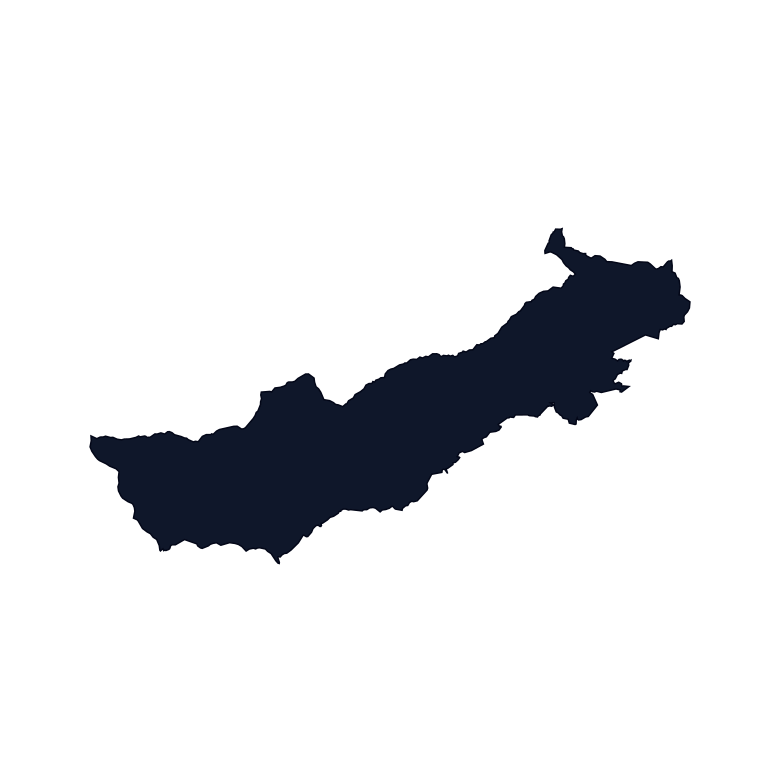 Izvoarele, Prahova, Romania (Mercator projection), rotated 304°
{"feature_id": "2599482B60972398280668", "entity_name": "Izvoarele", "entity_type": "district", "adm_level": 2, "iso_a3": "ROU", "parent_name": "Romania", "parent_adm1": "Prahova", "projection": "mercator", "projection_center": [25.925, 45.31], "detail": "fine", "context": "isolated", "style": "filled", "palette": "ink", "viewbox_px": 768, "rotation_deg": 304, "n_neighbors": 0, "source": "geoboundaries", "source_scale": "gbopen_adm2", "svg_char_len": 6171}
<svg xmlns="http://www.w3.org/2000/svg" viewBox="0 0 768 768"><g transform="rotate(304 384 384)"><path d="M623.2,591.7L623.2,585.7L624.0,581.8L623.7,580.3L622.9,578.8L630.0,575.2L634.8,571.0L636.1,569.0L635.9,567.2L638.7,563.3L638.1,560.0L643.2,556.8L647.4,553.2L646.0,552.7L645.3,551.4L643.8,550.7L637.2,550.0L636.1,548.0L633.1,546.9L631.5,545.5L631.3,544.7L632.4,537.6L632.4,534.6L627.3,526.2L624.2,524.2L620.5,522.8L612.8,504.8L610.0,500.2L610.9,497.5L610.9,491.6L608.4,487.2L604.5,485.6L604.0,484.7L603.5,480.3L603.9,478.9L604.9,478.2L603.4,476.1L602.4,472.8L602.9,470.7L601.2,466.5L601.8,465.3L601.4,463.9L601.7,463.0L598.2,457.1L601.4,455.5L605.2,452.3L606.4,450.5L606.6,449.0L609.5,446.1L612.4,444.8L610.9,443.7L608.4,439.7L605.4,440.0L604.6,439.3L603.4,439.7L601.2,439.2L595.0,440.8L593.6,442.0L592.5,441.4L584.6,442.7L582.6,444.2L582.3,444.5L586.2,447.6L586.9,448.8L587.7,454.8L586.7,462.0L585.0,465.0L583.8,468.9L583.7,471.9L582.9,474.5L582.9,478.4L582.1,481.2L579.1,480.7L578.3,477.7L575.6,477.5L574.1,478.1L571.2,477.0L568.6,477.5L567.3,476.9L565.6,477.7L562.5,477.3L558.9,470.0L552.9,467.9L550.0,464.4L546.0,461.9L541.4,460.8L538.4,461.2L536.1,459.9L534.7,460.1L531.3,456.3L529.5,455.9L527.6,456.5L520.9,456.2L519.4,455.3L515.9,454.8L511.0,451.9L507.3,452.2L505.3,451.8L503.8,452.3L497.0,449.9L489.7,450.2L485.9,448.9L484.1,449.6L481.7,447.0L476.3,445.1L475.6,444.3L472.7,443.4L471.5,441.8L469.8,441.4L468.5,439.0L462.0,438.5L459.9,435.7L456.4,434.2L455.5,431.2L454.2,431.2L451.1,428.8L448.4,429.3L446.5,427.8L445.9,427.0L446.2,425.0L444.2,423.4L443.9,421.3L442.6,420.6L440.9,417.2L439.2,416.6L438.6,415.0L439.2,413.3L438.6,410.9L436.2,407.4L431.3,405.6L430.3,403.2L427.1,401.4L426.4,398.7L422.8,397.5L420.9,394.3L418.9,392.4L414.2,391.2L413.0,389.5L411.5,389.0L408.5,386.2L402.4,383.4L400.1,381.3L397.4,379.8L393.1,379.4L389.7,380.8L387.4,377.9L385.2,377.1L382.6,375.1L380.4,375.2L379.8,373.4L377.7,373.7L376.0,371.3L373.0,369.7L368.8,370.1L364.5,368.8L359.1,366.0L355.3,366.4L350.3,364.0L346.7,364.3L346.1,363.5L342.2,362.5L341.1,357.7L340.0,355.3L340.3,352.5L339.8,348.2L337.4,342.9L341.8,336.2L343.4,332.4L343.7,329.2L346.7,325.4L349.8,322.7L350.1,315.8L348.4,313.4L340.6,309.6L336.4,308.6L334.5,307.0L332.1,303.6L330.6,303.0L328.2,303.3L326.5,302.4L323.3,299.9L319.7,295.8L314.6,295.3L314.0,293.5L308.7,286.8L306.0,288.0L303.3,290.7L300.3,291.6L297.9,293.1L291.0,294.6L289.0,294.0L285.8,294.8L282.2,294.9L270.3,293.6L268.3,292.6L267.0,291.1L266.9,285.9L264.8,283.0L254.2,273.0L251.3,271.5L246.6,270.5L246.4,269.1L245.1,268.6L242.7,265.0L239.0,262.7L232.3,262.3L231.0,259.6L229.4,258.4L228.4,252.8L228.7,250.7L227.7,248.8L227.0,245.2L224.8,238.7L225.1,235.4L224.5,232.7L223.4,231.3L219.9,230.2L218.7,226.4L215.6,223.9L214.5,222.0L209.1,219.9L207.2,217.3L207.4,215.7L207.0,214.6L203.8,211.4L203.7,209.7L201.0,208.2L196.1,203.7L193.1,199.5L190.9,197.6L189.0,193.6L188.2,189.1L186.7,187.2L185.0,182.3L183.1,180.9L181.3,178.4L178.1,176.5L177.1,170.1L173.3,173.0L167.5,175.5L164.9,179.4L162.5,185.3L161.6,188.5L161.4,190.9L162.5,198.4L162.5,202.5L163.9,209.3L163.2,213.4L158.1,216.0L153.7,219.8L150.0,220.9L146.9,223.7L144.1,228.6L143.2,231.2L143.3,237.7L144.1,241.7L143.8,243.3L141.9,246.2L139.2,248.6L132.7,251.3L133.4,255.3L133.0,256.8L129.2,264.6L128.9,270.3L129.3,274.1L127.9,278.3L128.0,282.5L124.4,288.0L120.9,291.1L120.6,292.0L123.8,292.8L122.7,294.6L123.5,294.9L124.0,296.3L126.4,298.0L127.6,298.4L130.9,297.5L132.3,298.4L134.1,301.0L143.5,305.6L146.8,318.2L145.6,320.1L145.5,323.5L146.1,325.2L151.7,329.0L153.9,329.6L156.2,331.3L158.7,333.9L159.1,338.9L166.1,344.7L168.5,349.6L169.6,353.1L169.8,357.1L168.4,363.1L171.8,364.6L174.8,367.5L175.5,369.8L177.3,370.8L178.7,372.5L180.9,378.0L180.2,381.1L180.3,385.2L177.0,393.1L176.2,396.3L176.6,397.5L177.6,397.0L181.0,392.7L181.8,393.1L182.6,394.7L185.3,395.0L187.7,396.1L189.4,398.0L194.4,399.8L204.4,401.8L213.4,401.5L213.8,402.0L214.0,405.0L214.9,406.1L220.6,406.8L224.4,406.0L228.5,406.8L230.1,408.3L230.1,410.6L230.6,411.3L231.7,411.3L233.2,409.8L234.3,410.9L239.7,413.1L243.2,413.8L246.2,416.2L251.3,418.3L253.3,418.1L254.3,419.3L255.2,419.0L257.6,420.2L259.0,422.4L259.7,425.0L261.2,426.6L266.6,436.9L268.4,437.4L270.2,440.0L273.3,441.4L275.5,444.0L276.3,446.4L275.8,452.3L278.6,453.0L280.9,455.6L284.0,457.9L287.1,459.0L287.4,460.1L286.7,462.6L286.8,463.7L289.4,469.6L291.2,468.9L295.1,470.0L296.6,471.6L300.0,471.4L302.3,472.6L303.0,474.4L305.8,476.9L320.2,479.0L322.1,478.4L325.2,475.4L326.5,475.0L335.8,474.0L343.1,481.4L345.4,480.3L346.5,480.8L347.1,482.3L345.4,486.8L348.4,482.9L349.8,484.0L355.8,486.2L357.2,485.3L359.1,487.0L362.5,487.8L365.3,487.9L365.4,487.1L364.7,485.3L368.9,484.8L372.0,486.7L372.3,489.2L377.7,493.7L389.8,500.0L392.8,496.0L395.0,496.6L397.5,498.4L403.2,498.7L407.2,503.2L410.2,505.1L413.9,505.2L414.3,504.4L413.3,503.9L414.4,501.3L424.9,505.2L425.9,506.6L427.0,506.8L428.8,510.2L431.8,510.2L438.8,520.4L439.0,522.1L441.6,526.7L441.5,527.5L442.5,529.7L444.0,529.7L445.7,530.7L446.5,530.4L457.4,532.2L457.3,532.6L458.7,533.8L459.1,535.2L460.6,536.1L461.2,535.9L460.8,535.6L461.4,534.9L461.4,532.6L463.7,535.4L460.0,538.4L457.2,542.4L457.5,544.5L456.8,547.2L457.0,549.1L455.8,551.6L457.8,556.4L455.2,559.5L457.3,565.1L458.2,565.6L461.7,563.5L463.9,563.1L463.0,564.2L463.0,565.4L464.7,567.3L469.5,569.6L471.3,571.5L485.9,572.7L492.0,562.9L492.0,559.3L494.0,559.1L494.2,561.1L495.1,563.0L496.9,564.3L498.5,568.9L509.6,579.1L511.2,583.1L509.6,584.0L510.2,585.5L518.9,588.5L516.3,583.6L515.1,582.6L517.0,580.7L516.7,577.6L513.4,575.5L513.6,574.0L515.0,571.8L517.6,572.8L522.4,572.2L525.1,573.7L525.7,575.1L528.1,574.3L531.0,576.1L531.9,577.4L536.4,576.4L538.1,574.9L541.0,575.8L541.8,575.4L541.0,575.0L541.1,574.3L539.9,573.3L538.3,572.7L538.7,571.3L537.9,569.8L536.9,569.7L537.4,567.5L537.1,566.6L535.8,565.1L533.7,564.8L533.8,561.7L532.7,558.3L537.9,557.5L538.1,554.9L570.9,573.3L574.9,586.1L580.3,583.3L583.7,582.5L584.7,584.7L586.7,586.0L586.9,587.3L588.1,587.1L591.6,588.7L592.7,590.2L595.4,590.6L596.0,592.3L598.0,593.4L600.4,597.5L603.7,597.9L607.2,595.1L609.0,594.5L613.6,595.2L617.8,594.7L623.2,591.7Z" fill="#0f172a" stroke="#020617" stroke-width="1.5"/></g></svg>